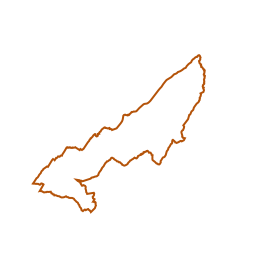 La Mana, Cotopaxi, Ecuador, rotated 30°
{"feature_id": "8360857B47745613666531", "entity_name": "La Mana", "entity_type": "district", "adm_level": 2, "iso_a3": "ECU", "parent_name": "Ecuador", "parent_adm1": "Cotopaxi", "projection": "equal_earth", "projection_center": [-79.149, -0.785], "detail": "fine", "context": "isolated", "style": "outline", "palette": "amber", "viewbox_px": 256, "rotation_deg": 30, "n_neighbors": 0, "source": "geoboundaries", "source_scale": "gbopen_adm2", "svg_char_len": 5933}
<svg xmlns="http://www.w3.org/2000/svg" viewBox="0 0 256 256"><g transform="rotate(30 128 128)"><path d="M141.2,162.7L143.5,162.5L144.0,162.1L144.9,160.9L145.6,159.5L145.6,157.9L146.1,156.2L146.2,155.0L146.7,154.5L147.2,153.2L147.7,152.5L148.5,150.4L149.6,150.4L150.0,150.1L150.5,150.1L150.7,149.9L150.9,149.1L151.0,148.3L150.7,147.8L150.7,147.3L152.0,145.4L152.4,145.1L152.1,144.3L152.5,143.7L153.1,144.0L153.7,143.0L153.9,142.3L153.5,141.6L153.5,141.3L153.9,140.7L154.4,140.8L154.6,140.3L155.3,139.7L155.5,138.7L156.1,138.5L156.4,138.0L157.1,138.1L158.6,138.9L159.0,138.4L159.9,138.1L160.5,138.5L161.2,138.7L161.9,139.5L162.9,139.3L163.1,140.1L163.6,140.8L164.4,142.3L165.1,143.3L165.6,143.5L168.4,143.9L170.5,144.5L171.3,144.1L172.3,144.4L173.4,143.8L173.5,143.5L173.6,141.5L172.8,140.4L172.9,138.8L172.9,136.9L173.1,135.9L173.8,135.2L174.1,134.5L174.2,132.6L173.2,128.8L173.5,126.6L173.1,125.6L173.0,124.8L173.2,124.4L173.3,122.4L173.2,120.6L173.3,120.2L173.7,119.7L173.7,118.6L173.3,118.2L172.7,116.9L172.6,116.1L172.8,115.8L173.5,115.9L173.8,116.1L174.4,116.1L175.5,116.4L176.2,116.9L177.2,116.5L177.6,116.6L178.9,114.9L179.0,114.5L179.3,114.2L179.9,113.0L180.5,112.6L181.2,112.7L182.5,110.7L182.4,108.4L180.5,109.0L179.8,108.5L179.3,108.5L178.8,107.4L176.5,105.2L176.1,104.3L176.3,102.9L176.7,102.3L176.4,100.0L175.9,98.7L174.6,98.1L175.6,90.3L174.5,86.0L175.0,85.4L175.1,85.0L174.7,81.9L175.1,80.9L175.4,79.7L175.2,78.7L174.9,77.7L174.9,76.5L175.3,72.5L175.8,71.4L176.2,69.7L175.9,68.8L176.1,68.2L175.7,67.5L175.7,66.7L175.0,66.2L175.0,64.2L174.7,63.5L174.6,62.8L174.3,62.3L173.5,61.8L175.3,59.1L174.9,57.3L174.1,56.4L173.5,56.3L173.3,55.8L173.3,55.3L172.8,55.5L171.8,54.5L171.8,53.7L171.5,53.4L171.6,52.9L171.6,52.5L171.9,52.0L171.9,51.5L171.2,50.9L171.1,49.9L170.3,49.2L170.1,48.5L169.4,47.8L169.4,46.6L169.1,46.2L169.0,45.6L168.6,44.6L168.2,44.8L167.8,44.1L167.1,44.1L166.9,43.9L166.7,43.3L166.7,42.4L166.4,41.9L166.3,41.2L165.9,41.0L165.7,40.7L165.8,40.0L165.5,39.7L164.9,39.8L164.8,39.3L164.6,39.2L164.1,39.4L163.6,39.3L163.1,38.9L161.9,38.3L161.0,38.6L160.6,38.2L160.2,37.3L159.8,37.3L159.5,36.5L159.0,36.6L158.7,36.3L157.6,36.1L156.0,34.5L156.0,34.2L156.4,33.8L156.2,32.2L155.6,31.5L155.6,30.7L154.0,29.5L153.4,29.4L153.1,29.4L152.8,30.1L152.5,30.2L152.2,31.1L152.4,31.6L152.3,31.9L151.5,32.5L151.1,33.0L150.3,35.5L149.9,36.0L149.6,37.7L149.8,39.5L148.5,42.3L147.9,45.0L147.9,47.0L146.7,48.6L146.0,50.5L144.9,52.6L143.2,54.7L142.9,56.0L142.4,56.9L141.1,58.4L140.1,62.2L137.4,67.1L137.1,68.6L136.6,72.1L136.4,75.7L135.9,77.7L135.5,80.0L133.8,93.2L133.2,95.4L132.6,96.7L132.1,97.4L130.2,98.9L129.6,99.7L127.8,105.1L126.9,109.2L126.5,109.7L125.2,110.7L124.8,110.8L123.4,112.5L123.1,112.5L122.9,114.0L122.6,114.7L122.6,115.1L122.4,115.3L122.5,115.9L122.3,116.4L121.6,117.1L121.2,116.7L120.2,117.7L119.5,117.9L118.8,117.9L118.0,118.8L118.0,119.1L117.8,119.6L119.2,123.4L119.5,125.2L119.3,127.7L118.3,134.0L115.2,137.7L114.7,137.3L114.1,137.5L113.8,137.4L112.8,138.0L112.4,137.4L111.9,137.2L111.6,137.5L111.2,138.2L110.7,138.5L109.0,138.9L108.4,139.3L107.7,139.0L107.3,139.3L106.0,142.5L106.0,144.9L105.6,145.3L105.4,146.7L105.6,147.1L106.0,147.4L105.4,148.1L104.8,148.3L104.9,148.8L105.6,149.5L105.7,150.0L105.5,150.5L105.0,151.0L104.0,150.9L103.1,150.3L102.7,149.7L102.3,149.9L101.7,151.6L101.6,153.6L101.2,154.6L101.2,155.3L100.8,155.6L100.9,156.4L100.6,157.2L100.8,158.4L100.4,160.4L99.9,168.3L99.8,168.8L99.4,169.1L99.1,170.1L97.3,170.0L97.2,171.3L92.5,171.1L92.0,171.0L91.7,171.5L90.6,172.4L90.3,172.4L89.8,173.0L89.4,172.9L89.2,173.4L88.4,173.8L87.3,173.7L86.8,174.6L85.9,175.1L85.6,174.9L85.2,175.5L84.8,175.3L84.6,175.7L84.6,180.0L84.4,183.6L84.6,185.0L84.1,185.1L83.4,185.7L83.3,186.7L83.0,187.2L81.7,187.5L81.5,189.2L81.2,189.7L80.7,189.9L80.8,190.3L80.6,192.5L79.9,192.2L79.1,192.5L78.6,192.4L78.3,193.8L78.1,201.7L77.1,201.8L75.2,206.0L75.3,206.4L75.2,207.3L74.8,208.3L74.8,209.6L75.0,210.6L74.5,213.0L74.6,213.8L74.5,215.9L74.3,216.4L73.9,217.2L73.7,221.5L73.5,223.7L73.8,223.6L74.1,222.8L74.6,223.0L75.7,222.7L76.2,222.2L77.1,222.0L77.7,221.5L78.2,221.3L79.8,221.3L80.2,221.0L80.6,219.4L81.4,219.1L82.2,219.3L82.6,219.0L82.9,219.0L83.1,219.1L83.1,219.4L83.1,226.6L83.4,226.3L84.0,226.3L84.9,225.8L85.5,225.9L87.5,225.8L88.4,225.0L89.3,224.5L89.7,223.8L91.2,223.1L93.0,221.8L93.8,222.5L94.5,222.9L95.3,222.5L96.3,223.0L97.1,222.6L97.9,223.2L98.8,222.5L99.7,222.2L100.9,222.2L102.9,221.4L103.7,221.6L105.3,221.3L106.4,220.6L107.7,219.4L108.1,218.6L108.6,218.1L109.9,218.3L111.0,217.8L111.9,218.0L114.6,216.5L116.2,216.3L116.7,216.4L117.7,217.0L118.5,217.1L120.4,217.7L121.4,217.7L121.9,217.8L123.6,219.0L124.3,219.1L125.5,220.3L127.5,221.0L129.0,222.5L129.5,222.4L130.5,222.5L131.1,220.8L131.4,220.2L131.7,220.1L132.5,220.3L133.8,218.3L134.1,218.1L135.0,218.5L136.3,218.5L136.8,218.9L137.5,219.1L137.9,219.4L139.4,214.0L139.0,212.0L139.0,211.2L138.3,210.6L137.2,208.7L136.5,208.5L136.2,209.0L135.8,209.1L135.4,209.1L135.1,208.7L134.6,209.1L134.6,206.4L132.9,206.4L132.4,205.8L131.9,205.4L132.1,203.8L132.1,203.1L131.9,202.6L131.6,202.4L131.4,201.5L130.8,201.2L125.6,205.5L125.1,205.0L124.0,204.5L122.6,202.7L121.6,201.9L120.9,200.2L119.9,199.6L118.1,199.7L117.7,200.4L117.4,200.5L117.1,201.0L116.8,201.0L115.9,200.3L115.2,200.1L114.5,199.1L114.1,199.3L113.9,199.0L113.1,198.8L112.4,199.0L112.0,198.8L111.1,199.0L109.2,198.6L112.3,197.4L113.1,197.8L113.9,197.0L115.3,196.8L120.9,190.6L121.1,190.1L121.1,189.5L121.8,188.6L122.3,188.4L123.7,186.6L124.7,185.8L125.2,185.2L125.8,183.5L125.5,182.8L125.3,181.6L125.4,179.7L125.7,178.1L125.5,177.0L125.7,176.4L125.5,175.8L125.6,175.0L126.0,173.2L125.9,171.6L126.0,169.3L126.4,168.6L126.4,167.5L127.0,167.1L127.5,166.2L127.8,165.2L128.4,164.6L128.4,162.6L128.7,162.0L129.0,161.7L131.0,161.6L131.5,162.0L134.6,162.1L135.1,162.4L136.5,161.9L137.3,162.2L138.0,161.7L138.8,161.8L139.3,162.1L140.5,162.1L141.2,162.7Z" fill="none" stroke="#b45309" stroke-width="2"/></g></svg>